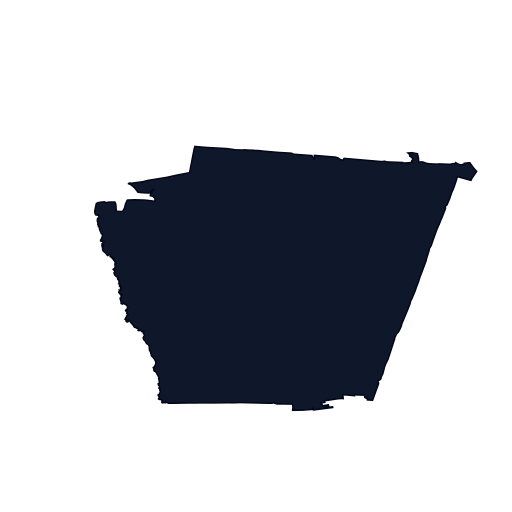 the district of Perieti, Olt, Romania, rotated 204°
{"feature_id": "2599482B88325539322464", "entity_name": "Perieti", "entity_type": "district", "adm_level": 2, "iso_a3": "ROU", "parent_name": "Romania", "parent_adm1": "Olt", "projection": "robinson", "projection_center": [24.585, 44.417], "detail": "fine", "context": "isolated", "style": "filled", "palette": "ink", "viewbox_px": 512, "rotation_deg": 204, "n_neighbors": 0, "source": "geoboundaries", "source_scale": "gbopen_adm2", "svg_char_len": 6057}
<svg xmlns="http://www.w3.org/2000/svg" viewBox="0 0 512 512"><g transform="rotate(204 256 256)"><path d="M404.2,206.6L403.5,206.5L402.8,206.8L400.7,207.2L400.6,206.3L401.4,205.5L401.6,204.2L401.3,204.0L400.2,204.3L399.5,203.7L399.6,203.4L400.6,203.3L401.0,203.0L401.0,202.6L400.0,202.5L399.9,202.3L400.0,201.5L399.4,200.8L398.4,199.0L398.1,198.6L393.7,197.2L393.5,196.9L392.7,196.5L392.1,196.0L391.5,196.1L391.0,197.5L390.4,197.9L389.8,197.7L389.0,196.2L388.8,196.2L387.7,196.6L387.4,195.7L386.6,195.8L385.8,196.3L384.9,196.3L384.9,195.9L385.7,195.2L382.0,193.1L381.9,192.4L381.3,192.1L381.7,191.2L381.4,190.7L380.4,189.5L380.3,188.2L380.0,187.5L380.2,186.9L380.9,186.2L381.1,185.7L379.6,185.1L378.8,184.5L378.6,183.9L378.9,182.9L378.2,182.0L377.5,181.3L375.9,180.6L373.9,180.2L372.8,179.7L372.8,179.4L373.2,179.0L372.9,178.5L372.1,178.3L371.1,177.3L370.5,177.0L370.4,176.2L369.9,175.6L370.1,174.8L368.9,174.8L368.5,174.6L368.7,173.2L368.5,172.9L367.7,172.7L367.0,173.2L366.6,173.1L366.9,172.3L366.6,171.1L366.3,170.8L365.7,170.9L365.5,170.5L365.7,169.9L367.1,169.2L366.2,168.5L366.7,167.8L366.6,166.9L365.2,166.1L364.8,166.0L363.7,166.5L362.6,166.1L362.7,165.8L363.4,165.2L362.8,164.8L362.8,164.0L362.7,163.8L361.6,163.1L361.6,162.9L362.8,162.4L363.0,162.3L363.0,162.1L362.1,161.0L361.7,160.8L361.3,159.9L360.4,159.2L360.1,157.9L359.8,157.7L358.2,157.8L357.8,158.9L357.3,159.0L356.5,158.7L354.4,158.5L352.3,157.2L352.5,155.9L352.2,154.5L352.6,154.0L353.1,153.6L353.1,153.3L352.6,152.8L351.5,153.1L351.2,153.0L351.0,152.5L351.0,151.2L349.2,150.0L349.0,149.6L349.0,149.3L349.9,148.5L349.5,147.4L349.8,146.8L349.7,146.1L350.0,144.9L348.6,144.5L348.3,144.2L348.0,143.5L347.1,143.3L346.5,143.5L346.2,143.9L346.4,144.5L346.9,145.1L346.9,145.4L346.1,145.6L340.4,143.0L338.1,141.5L336.5,141.7L335.4,141.5L334.3,141.8L333.5,141.2L333.4,141.0L333.6,140.1L333.4,140.0L332.8,140.1L330.8,141.4L330.1,140.7L329.5,140.4L328.9,140.7L328.2,141.5L327.6,141.4L327.4,141.3L327.7,140.9L327.7,139.8L325.8,138.5L325.6,137.7L325.9,136.0L325.8,135.5L325.4,134.7L324.7,134.2L324.5,133.9L322.3,133.0L320.4,131.5L318.4,131.3L317.7,130.9L316.8,130.0L315.1,126.7L313.1,125.2L312.7,124.5L311.7,123.5L311.0,122.3L307.3,120.8L305.2,119.1L304.6,118.8L303.8,116.8L303.7,115.1L303.8,114.3L303.7,113.3L304.4,112.7L304.5,112.2L303.8,111.8L303.4,111.1L302.8,110.5L302.8,110.0L302.0,109.4L301.4,109.8L299.8,109.0L295.0,105.3L295.1,104.4L294.4,104.2L294.4,103.4L293.7,102.7L293.5,102.1L292.5,100.9L292.5,100.6L293.4,99.7L292.8,98.5L292.4,98.3L291.8,98.4L291.1,97.5L290.7,97.3L291.0,96.6L291.0,95.8L289.7,95.5L289.7,94.9L289.6,94.7L288.2,93.2L288.1,91.0L288.2,90.3L288.9,89.6L288.9,89.1L287.9,88.3L286.7,87.8L286.6,87.5L287.0,86.7L286.9,85.7L286.3,85.7L285.9,86.5L285.6,86.6L285.2,85.9L284.1,86.3L283.4,86.3L283.3,86.2L283.3,85.6L282.2,84.9L282.4,84.3L282.6,84.1L282.3,83.8L281.3,83.9L280.3,85.3L279.6,84.8L279.1,85.0L278.8,85.8L278.1,85.8L277.8,86.1L276.2,85.8L275.8,86.2L275.4,86.2L270.7,88.3L257.6,94.4L230.0,106.8L222.7,110.2L216.5,112.9L211.2,115.5L182.5,127.5L181.3,128.1L179.8,129.4L179.2,129.0L176.6,129.4L162.6,135.5L162.2,135.5L161.1,133.5L160.6,132.4L159.8,129.9L150.6,134.2L141.7,139.0L142.3,139.8L141.7,140.2L140.9,138.7L124.3,148.8L124.7,149.4L130.7,145.8L131.2,146.4L128.4,148.2L129.4,149.5L134.4,146.2L135.3,147.3L136.1,146.7L137.1,148.1L133.6,150.3L134.6,151.5L123.6,158.6L120.4,160.4L118.3,161.2L120.2,164.4L116.7,165.9L109.3,168.4L109.8,169.1L100.3,173.0L99.0,171.0L97.9,170.9L96.6,171.3L95.8,169.8L90.8,171.6L92.1,189.2L92.5,190.0L93.9,191.4L93.9,191.8L92.4,193.3L92.1,194.0L92.1,195.3L92.4,197.3L92.4,198.2L92.2,199.2L92.4,201.1L93.5,207.3L93.6,210.4L93.4,215.5L95.6,236.6L96.0,236.5L96.1,237.0L95.8,242.3L95.2,243.9L94.9,245.2L94.7,249.1L94.8,251.3L95.2,253.6L95.5,265.9L95.5,267.5L95.9,275.5L96.5,278.0L96.2,279.5L96.4,289.0L96.8,292.8L97.1,299.0L97.6,302.8L97.9,308.6L98.7,321.2L99.1,322.7L100.1,331.4L100.6,333.1L100.2,337.0L100.7,342.4L101.5,353.5L101.6,358.3L101.5,359.6L101.8,364.5L101.7,366.5L102.1,374.8L102.3,376.7L103.3,378.5L103.2,378.8L102.4,380.0L102.3,381.1L102.4,387.2L103.0,393.1L103.0,397.6L103.3,401.9L103.8,407.0L104.4,410.4L90.4,412.5L90.3,414.9L88.8,423.0L92.4,424.6L98.7,428.2L103.5,425.4L103.2,424.6L103.4,424.3L104.3,423.9L104.9,423.1L105.2,422.9L106.9,422.4L109.2,422.2L111.6,422.5L111.8,421.4L113.6,420.5L116.0,418.7L126.0,414.7L127.9,413.6L135.0,410.8L137.9,410.0L141.7,409.8L143.6,409.1L145.4,407.8L147.7,412.0L150.1,415.1L155.7,413.8L159.1,411.9L157.1,411.3L156.1,409.7L153.7,409.4L152.3,408.3L152.0,407.6L152.5,406.1L152.3,405.6L151.3,405.0L159.2,400.8L159.8,401.2L174.5,395.3L175.3,395.0L176.8,395.0L179.8,393.3L215.0,381.1L215.4,380.8L215.3,379.4L215.6,378.9L218.0,378.5L219.2,378.6L220.9,379.0L223.6,378.7L243.3,371.8L243.6,371.6L242.2,368.8L242.2,367.8L245.8,370.5L263.3,364.2L264.6,364.4L265.9,364.2L277.8,359.7L291.7,354.9L297.4,353.1L299.5,352.1L302.2,351.3L304.4,350.3L310.0,348.2L311.5,347.3L318.3,344.5L320.5,344.0L326.6,342.2L345.2,335.1L355.3,331.6L356.4,331.3L356.1,329.0L354.8,323.1L350.6,305.1L361.5,297.5L369.6,291.5L385.2,281.3L389.7,277.8L400.1,271.4L400.5,271.6L401.1,271.3L401.7,270.8L401.9,270.4L401.9,270.2L399.0,270.2L395.1,269.0L393.8,268.5L389.7,266.2L383.9,268.2L379.8,269.8L378.6,270.5L378.0,273.8L377.2,274.9L376.5,275.1L376.2,275.1L376.3,274.5L377.1,273.0L377.5,270.1L377.4,269.0L377.1,268.1L374.5,268.6L372.7,267.9L371.6,267.4L370.6,264.8L374.3,263.8L380.0,262.0L389.6,258.1L396.1,254.9L396.4,254.2L396.4,252.9L396.1,251.4L396.5,251.1L395.7,246.8L395.8,244.0L396.1,242.5L397.5,241.7L401.3,240.3L402.2,240.4L402.6,241.5L404.9,245.9L405.5,246.8L406.9,247.9L412.2,245.5L414.7,243.8L416.3,243.9L417.7,243.2L421.7,240.8L422.4,240.2L423.2,238.9L421.6,231.4L420.7,229.8L419.3,228.4L418.5,228.5L416.4,229.1L416.0,229.0L415.1,227.0L415.3,226.4L415.9,226.2L416.0,225.9L415.8,225.0L415.3,223.6L413.6,221.4L413.4,220.5L412.7,220.0L411.8,218.7L411.0,218.9L410.7,218.7L410.2,217.3L409.4,216.3L406.1,213.3L404.8,213.2L404.4,211.5L404.2,209.5L404.4,207.3L404.2,206.6Z" fill="#0f172a" stroke="#020617" stroke-width="1.5"/></g></svg>